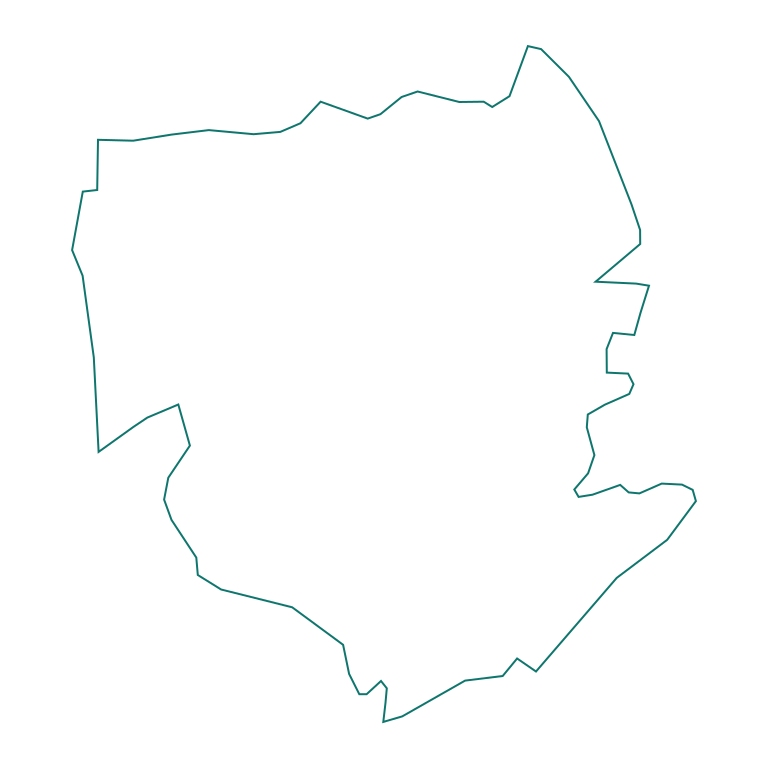 the district of Yerevan, Erevan, Armenia
{"feature_id": "60910142B26577174907162", "entity_name": "Yerevan", "entity_type": "district", "adm_level": 2, "iso_a3": "ARM", "parent_name": "Armenia", "parent_adm1": "Erevan", "projection": "albers", "projection_center": [44.528, 40.164], "detail": "fine", "context": "isolated", "style": "outline", "palette": "teal", "viewbox_px": 768, "rotation_deg": 0, "n_neighbors": 0, "source": "geoboundaries", "source_scale": "gbopen_adm2", "svg_char_len": 1108}
<svg xmlns="http://www.w3.org/2000/svg" viewBox="0 0 768 768"><path d="M98.0,139.8L97.2,190.0L82.8,191.6L72.1,250.1L82.6,275.7L93.8,357.4L98.6,451.9L133.3,427.0L147.3,417.6L178.3,404.5L189.9,445.6L168.3,477.7L164.1,499.6L171.5,519.9L196.3,557.6L197.8,575.0L221.1,589.5L292.2,607.3L343.1,644.8L349.1,673.9L359.3,694.2L366.6,694.2L381.0,681.0L386.8,688.3L385.5,702.8L383.3,721.9L402.2,716.4L465.1,680.6L502.7,676.0L517.1,658.5L536.0,671.5L616.7,577.9L667.2,539.8L695.9,501.1L692.7,489.9L682.0,484.6L661.7,483.6L639.4,493.4L628.7,492.4L620.2,484.9L592.5,494.7L578.6,496.9L574.3,489.5L588.1,473.3L594.4,455.1L586.8,427.3L587.8,414.5L604.8,404.7L629.3,393.9L633.5,384.2L628.1,373.6L606.8,372.6L606.6,349.1L613.0,332.9L634.3,335.0L640.6,312.5L649.0,285.7L636.2,283.6L595.6,281.7L640.2,244.0L640.1,230.0L631.5,204.4L599.0,121.1L568.9,76.8L541.1,49.1L530.5,46.7L527.9,46.1L509.5,96.2L492.2,107.0L483.7,101.7L459.3,102.0L417.6,91.5L401.6,97.0L380.4,114.2L367.7,118.6L320.6,101.7L300.5,123.2L280.3,131.9L253.6,134.2L208.8,130.1L171.5,134.6L133.2,140.7L98.0,139.8Z" fill="none" stroke="#0f766e" stroke-width="2"/></svg>